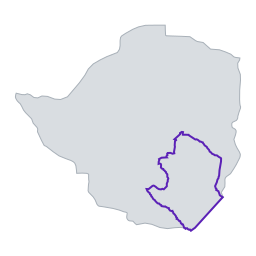 Masvingo highlighted on a map of Zimbabwe
{"feature_id": "ZWE-532", "entity_name": "Masvingo", "entity_type": "Province", "adm_level": 1, "iso_a3": "ZWE", "parent_name": "Zimbabwe", "parent_adm1": "", "projection": "albers", "projection_center": [30.801, -20.777], "detail": "medium", "context": "in_parent", "style": "outline", "palette": "violet", "viewbox_px": 256, "rotation_deg": 0, "n_neighbors": 0, "source": "natural_earth", "source_scale": "10m", "svg_char_len": 3885}
<svg xmlns="http://www.w3.org/2000/svg" viewBox="0 0 256 256"><path d="M190.8,230.8L188.3,229.1L184.8,228.0L180.4,227.4L174.6,227.7L167.5,228.6L159.9,227.5L151.8,224.3L145.0,223.1L137.0,224.6L136.6,224.7L135.2,223.6L133.0,221.2L129.3,220.8L128.3,220.3L127.5,219.4L126.9,218.3L126.7,217.0L127.2,213.1L126.9,212.7L125.9,212.2L123.9,211.8L119.0,210.0L112.9,208.4L102.9,206.7L99.1,206.2L98.2,205.7L97.0,204.3L95.1,199.8L93.2,196.9L88.8,192.4L88.1,190.9L88.3,187.3L88.5,184.4L89.0,181.8L88.7,179.5L88.6,176.6L88.7,174.7L88.1,173.8L86.5,173.3L82.1,173.1L76.7,173.3L76.5,170.4L75.9,165.8L74.8,163.2L73.5,161.9L71.0,160.5L66.0,158.7L59.1,155.9L53.1,151.7L46.3,146.4L44.2,145.5L41.5,140.4L37.5,131.8L37.7,128.9L37.0,127.4L33.2,123.2L32.4,121.0L31.6,118.8L25.6,112.7L23.5,110.0L21.8,106.5L20.2,103.7L18.9,102.6L17.2,100.8L15.9,98.6L15.4,97.0L15.7,94.8L16.2,93.2L21.9,94.6L25.0,94.7L27.3,93.8L30.3,94.8L33.9,97.5L37.8,97.9L41.9,96.0L47.5,96.4L54.7,99.1L60.6,99.5L67.5,96.8L73.6,89.6L79.3,82.9L84.9,75.2L88.3,69.0L93.3,63.9L100.0,60.0L106.9,56.6L117.4,52.5L119.5,49.2L120.1,45.6L120.1,40.6L120.6,37.4L121.7,35.9L123.4,34.8L125.7,33.3L132.6,29.4L138.5,26.9L145.6,25.3L153.4,25.2L160.9,25.2L165.2,25.2L165.3,29.9L165.6,35.3L166.4,35.8L172.1,36.0L181.2,36.3L189.9,36.7L195.5,40.6L197.3,41.5L203.1,42.5L210.5,49.1L219.4,49.8L225.4,51.9L230.8,54.2L233.9,56.9L235.9,57.5L238.6,57.8L239.9,58.0L239.6,60.0L237.7,63.2L237.9,67.9L240.3,74.4L240.5,80.1L239.7,90.0L239.6,99.7L239.8,103.2L240.1,105.5L240.6,106.7L240.5,108.1L239.0,112.2L237.8,116.4L237.7,118.1L237.2,119.3L236.4,120.4L232.5,122.3L231.8,123.5L231.8,125.7L232.3,127.6L233.7,128.3L235.4,129.4L236.1,130.8L236.1,132.2L235.5,134.9L233.9,139.4L235.4,144.6L237.0,147.9L239.3,151.8L240.3,154.2L240.2,156.0L239.8,157.6L236.2,164.7L233.6,169.0L230.5,173.7L226.4,176.6L225.3,178.0L224.9,179.6L225.0,183.2L224.8,186.8L221.2,192.5L223.3,197.4L222.8,197.8L221.7,198.5L216.6,204.0L211.5,209.5L207.8,213.6L203.6,218.2L198.9,223.3L194.8,227.7L190.8,230.8Z" fill="#d9dde1" stroke="#a8b0b8" stroke-width="1"/><path d="M189.0,229.7L188.1,229.3L187.0,228.2L185.5,228.8L184.9,227.9L184.1,227.7L183.0,224.5L182.1,224.4L181.8,223.7L181.0,223.4L180.1,221.1L179.2,221.0L177.9,219.4L176.6,218.9L176.9,217.7L176.1,217.1L175.9,216.1L174.4,214.1L173.4,213.4L173.1,212.0L172.5,211.5L172.4,210.9L171.6,211.1L170.0,210.5L168.8,208.9L168.9,208.2L167.3,207.7L165.1,206.4L164.5,206.6L161.5,206.1L161.2,205.1L159.7,204.4L159.3,203.6L157.6,203.3L155.4,201.1L155.0,200.3L153.3,199.1L151.9,196.7L151.3,196.4L151.1,195.1L150.0,194.3L149.7,193.0L148.6,192.3L147.3,190.8L146.6,189.0L148.6,189.1L152.5,185.9L153.5,185.6L154.2,185.8L156.1,187.1L157.0,188.0L158.8,189.1L161.1,189.4L162.3,188.8L163.8,189.3L166.8,186.3L166.8,183.6L167.8,181.2L167.7,180.0L168.3,178.7L168.0,177.8L167.3,176.9L167.3,174.3L166.1,172.9L165.9,171.9L165.0,171.3L164.7,170.6L163.5,169.9L163.3,169.0L161.9,168.6L160.9,167.5L161.1,165.0L160.7,163.9L159.4,163.5L158.6,163.8L158.7,161.7L159.3,160.0L159.0,159.1L161.6,157.7L166.6,157.4L166.4,157.2L166.5,156.1L167.5,155.1L167.1,153.9L167.7,153.0L170.4,152.9L172.6,153.7L174.3,153.3L174.0,151.9L174.9,146.8L174.7,145.2L175.0,141.1L176.1,140.1L175.9,139.7L174.5,139.2L180.0,134.3L180.0,133.1L180.8,132.8L181.3,132.1L181.8,131.9L183.0,132.1L182.7,133.6L182.8,134.7L188.6,134.8L188.9,135.3L195.0,139.3L195.5,139.5L196.6,139.3L198.2,140.1L199.8,141.6L200.6,141.5L201.6,142.1L202.8,142.4L203.0,143.1L204.1,144.4L204.5,145.3L206.8,146.9L207.2,147.9L209.1,150.0L209.7,151.6L211.0,152.4L212.0,153.7L213.9,154.5L214.7,155.2L216.9,155.4L218.8,156.9L220.8,158.0L221.1,158.6L221.0,161.6L219.5,170.2L219.1,175.9L218.7,176.5L218.4,178.3L217.5,179.5L216.8,182.3L215.1,186.1L215.8,188.4L216.6,189.2L216.6,189.5L216.3,190.0L218.4,191.2L219.6,194.4L219.6,194.8L220.0,195.4L222.7,197.2L195.0,227.8L190.9,230.7L189.9,229.5L189.0,229.7Z" fill="none" stroke="#5b21b6" stroke-width="2"/></svg>